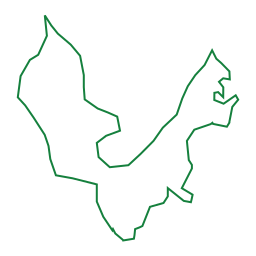 outline of Pyrogi, Nicosia, Cyprus
{"feature_id": "46923920B75368188924059", "entity_name": "Pyrogi", "entity_type": "district", "adm_level": 2, "iso_a3": "CYP", "parent_name": "Cyprus", "parent_adm1": "Nicosia", "projection": "equal_earth", "projection_center": [33.488, 35.08], "detail": "fine", "context": "isolated", "style": "outline", "palette": "green", "viewbox_px": 256, "rotation_deg": 0, "n_neighbors": 0, "source": "geoboundaries", "source_scale": "gbopen_adm2", "svg_char_len": 1138}
<svg xmlns="http://www.w3.org/2000/svg" viewBox="0 0 256 256"><path d="M44.8,15.4L46.9,35.8L38.2,54.8L29.9,59.9L20.6,76.1L17.8,97.3L25.2,105.4L33.6,117.6L44.7,134.8L48.5,145.9L50.3,159.1L55.9,175.3L72.6,178.3L96.8,184.4L96.8,201.6L103.3,216.8L112.4,230.4L113.0,229.1L115.3,233.5L123.3,240.2L122.3,240.6L133.9,238.7L134.5,235.1L135.1,229.1L139.5,227.4L142.4,226.0L150.0,206.8L163.5,203.0L167.8,196.4L167.8,188.1L183.8,200.9L190.9,202.2L191.6,199.4L192.6,194.8L192.6,194.7L181.8,188.2L191.9,168.5L191.9,164.9L188.8,160.1L186.9,140.9L194.3,129.7L210.7,124.1L212.4,122.8L213.0,123.9L226.9,126.7L229.4,122.6L229.3,122.3L232.3,106.9L238.2,99.7L235.7,95.3L223.6,103.7L214.3,100.0L214.4,92.8L218.1,92.1L223.2,97.2L223.3,87.3L219.0,81.8L223.2,78.3L229.8,79.4L229.4,71.4L221.3,63.1L216.3,58.7L212.1,50.3L204.6,65.0L195.3,75.1L187.8,86.2L182.3,98.4L176.7,114.6L162.8,127.7L153.5,140.9L140.5,154.0L128.4,165.2L109.8,167.2L106.1,163.9L98.6,157.1L96.8,142.9L106.1,135.8L120.0,130.7L117.2,116.6L107.9,112.5L97.7,108.5L84.7,99.4L83.8,87.2L83.8,75.1L80.1,55.8L70.8,44.7L57.8,33.6L51.3,25.5L44.8,15.4Z" fill="none" stroke="#15803d" stroke-width="2"/></svg>